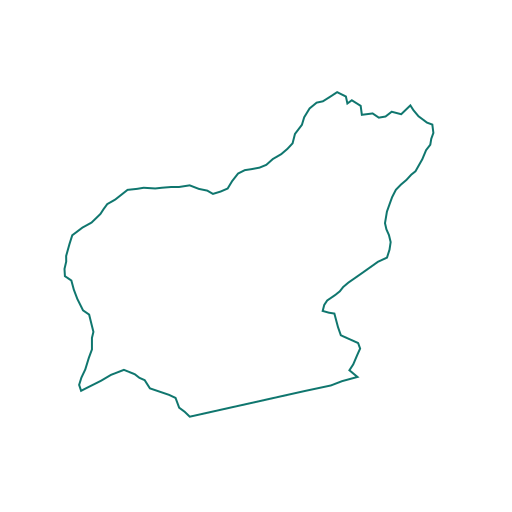 outline of Guaraci, Paraná, Brazil, rotated 168°
{"feature_id": "56859067B97135919226715", "entity_name": "Guaraci", "entity_type": "district", "adm_level": 2, "iso_a3": "BRA", "parent_name": "Brazil", "parent_adm1": "Paraná", "projection": "albers", "projection_center": [-51.689, -22.96], "detail": "fine", "context": "isolated", "style": "outline", "palette": "teal", "viewbox_px": 512, "rotation_deg": 168, "n_neighbors": 0, "source": "geoboundaries", "source_scale": "gbopen_adm2", "svg_char_len": 1674}
<svg xmlns="http://www.w3.org/2000/svg" viewBox="0 0 512 512"><g transform="rotate(168 256 256)"><path d="M181.9,116.6L188.4,124.8L183.4,129.8L177.5,138.2L173.4,143.8L174.2,149.6L189.5,160.8L190.6,169.5L191.3,183.4L196.5,185.4L202.2,188.4L199.4,194.0L195.6,197.7L186.4,201.5L181.4,204.0L177.1,207.6L171.1,210.8L156.4,217.0L137.9,225.0L128.2,227.2L124.1,234.4L121.4,241.6L121.6,248.8L122.9,255.0L123.0,261.3L118.7,272.2L114.1,279.7L110.6,285.3L105.4,291.7L99.4,295.7L93.1,299.1L87.2,303.3L82.4,305.7L73.2,316.1L67.6,324.2L62.4,328.6L60.2,334.2L56.9,339.5L56.2,347.9L61.0,350.9L68.0,358.9L71.7,365.9L73.7,371.2L84.5,364.5L93.3,368.9L100.3,365.5L107.1,365.8L112.3,371.2L123.1,372.1L122.4,381.1L129.9,388.4L134.9,386.2L134.9,393.3L142.6,399.4L149.2,396.8L158.4,393.4L164.8,393.4L172.9,389.2L180.0,381.7L183.8,374.8L192.5,367.3L196.8,358.6L203.1,354.2L210.1,350.4L219.3,347.4L227.0,343.0L234.2,341.7L242.5,341.9L249.1,342.3L256.4,340.4L263.8,334.2L269.7,327.9L277.2,326.4L285.2,325.7L290.1,330.1L297.9,333.5L306.2,338.9L316.9,339.5L324.4,341.1L333.6,342.3L340.5,343.0L351.7,346.1L358.4,346.4L367.9,347.4L381.9,340.5L390.7,337.7L395.3,333.6L399.4,329.5L409.9,322.9L419.8,319.9L431.4,314.5L435.9,306.6L441.7,295.5L442.8,290.0L446.0,283.2L447.1,276.0L441.7,270.4L441.2,261.0L439.7,251.2L436.5,238.8L431.4,233.4L431.1,224.0L430.8,215.6L433.5,210.0L435.9,198.7L440.7,191.1L446.6,180.5L452.1,173.3L455.8,166.7L455.1,160.5L449.2,162.1L433.5,166.2L422.5,169.9L408.9,172.1L399.1,165.5L395.4,161.1L390.7,157.7L387.3,148.6L370.0,138.3L364.2,133.9L362.7,123.6L358.2,118.5L354.2,112.6L236.4,113.8L209.7,113.8L197.8,115.7L181.9,116.6Z" fill="none" stroke="#0f766e" stroke-width="2"/></g></svg>